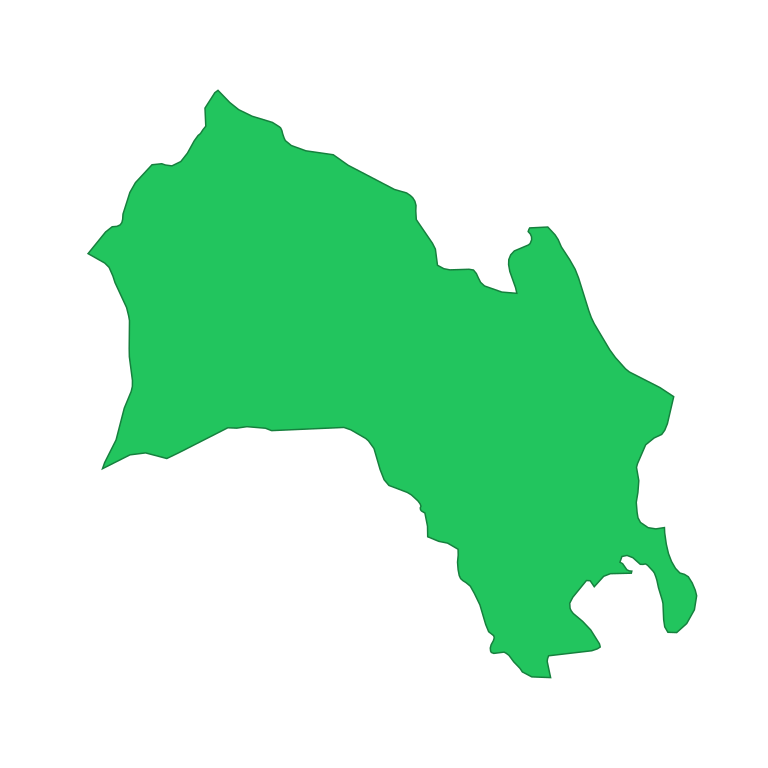 the County of Buskerud, rotated 354°
{"feature_id": "NOR-918", "entity_name": "Buskerud", "entity_type": "County", "adm_level": 1, "iso_a3": "NOR", "parent_name": "Norway", "parent_adm1": "", "projection": "albers", "projection_center": [9.402, 60.275], "detail": "fine", "context": "isolated", "style": "filled", "palette": "green", "viewbox_px": 768, "rotation_deg": 354, "n_neighbors": 0, "source": "natural_earth", "source_scale": "10m", "svg_char_len": 3080}
<svg xmlns="http://www.w3.org/2000/svg" viewBox="0 0 768 768"><g transform="rotate(354 384 384)"><path d="M647.9,556.1L647.6,561.4L648.0,572.7L649.2,582.4L651.4,590.6L654.6,597.8L658.5,602.9L662.9,604.7L666.5,607.5L669.7,614.0L672.0,621.6L672.8,627.3L669.1,641.0L660.0,653.9L649.1,661.8L640.4,660.6L637.8,654.9L637.5,647.5L638.5,631.5L638.1,628.0L635.7,615.4L634.9,607.9L634.3,604.7L633.2,600.4L632.2,598.5L627.8,592.6L627.2,591.8L625.2,590.2L623.9,590.4L623.7,590.4L622.8,590.5L620.0,590.1L613.3,582.7L607.8,579.9L602.6,580.4L600.0,585.9L602.5,587.6L606.1,594.1L608.3,595.5L610.9,596.0L610.2,598.0L589.3,596.3L582.4,598.2L571.9,607.6L568.5,601.2L564.8,600.6L549.5,615.8L545.8,621.4L545.6,626.5L546.4,629.0L548.2,632.0L556.7,640.8L563.9,650.2L571.1,664.9L571.5,667.6L571.5,667.8L571.5,668.2L568.5,669.7L562.8,671.0L519.3,671.5L517.9,674.4L517.3,677.0L519.0,693.4L500.3,690.7L491.5,684.8L489.5,681.0L484.0,673.9L479.9,666.9L477.4,664.6L475.4,663.2L465.0,663.4L462.7,662.2L462.1,660.7L462.1,657.7L463.3,654.5L465.9,650.8L467.1,648.0L466.8,645.8L462.2,641.3L460.0,633.8L456.3,613.7L451.9,601.5L448.7,594.1L444.8,590.1L442.0,587.9L439.9,585.6L438.8,582.4L438.3,576.4L438.5,568.9L439.9,562.0L440.4,556.1L430.6,548.9L422.0,546.2L411.5,540.5L412.4,530.0L411.2,516.6L408.0,514.2L407.2,512.9L407.1,511.0L408.0,509.4L407.4,507.0L405.5,503.8L399.7,497.2L395.9,494.3L378.3,485.4L374.1,479.2L371.2,468.7L367.3,447.1L362.6,438.9L360.2,436.3L346.2,426.1L339.6,423.0L267.3,418.6L261.5,415.6L243.2,412.1L233.0,412.5L224.1,411.2L172.2,431.1L160.2,435.4L139.7,427.6L124.0,427.9L95.2,438.8L98.0,432.9L111.7,411.6L123.2,380.8L131.8,365.0L133.5,360.1L134.2,354.2L133.6,330.3L134.3,322.2L137.5,294.4L137.2,289.7L136.0,281.1L127.1,255.1L125.7,248.4L122.8,239.3L118.9,234.5L103.3,223.4L123.0,203.7L130.1,199.2L134.9,199.3L138.2,198.2L140.2,196.0L141.3,192.9L142.2,187.7L151.3,166.9L157.9,157.7L176.2,141.7L186.0,141.7L189.6,143.4L195.9,144.9L205.2,141.5L212.6,133.9L220.7,122.3L225.1,117.4L227.6,115.8L230.6,112.1L233.7,109.0L234.8,90.9L246.2,76.6L249.6,74.6L260.0,87.9L268.2,96.0L280.8,103.9L300.4,112.2L306.6,117.1L307.9,118.4L308.2,119.2L308.9,121.1L309.4,124.7L310.3,128.7L311.3,131.6L316.7,137.1L330.6,143.9L357.5,150.7L371.3,162.8L414.7,191.6L426.5,196.4L430.0,199.4L432.0,201.7L433.8,205.4L434.5,209.8L433.7,215.2L433.3,223.9L446.9,249.1L449.2,255.2L449.6,271.5L455.6,275.6L461.5,277.4L480.6,278.8L484.9,280.0L487.4,283.8L489.0,288.6L490.7,293.0L494.2,297.0L510.8,304.9L525.6,307.7L524.9,301.9L520.9,285.3L520.4,278.3L521.1,273.3L523.5,268.8L527.5,265.3L542.2,260.8L544.0,259.6L545.9,256.0L546.1,253.0L545.2,250.1L543.3,247.5L544.2,245.5L545.2,244.0L563.3,245.0L569.7,253.5L572.3,258.6L574.7,266.2L581.7,279.8L586.1,289.9L588.6,298.9L595.4,332.8L597.1,339.6L599.4,346.1L612.1,373.6L616.9,381.9L625.7,394.1L629.3,397.7L658.2,416.5L670.8,426.9L661.7,453.1L658.4,459.3L655.0,463.1L647.0,465.9L637.9,471.8L627.8,489.7L626.4,493.3L627.3,506.8L625.2,518.3L622.5,528.1L622.3,538.1L622.6,543.6L624.6,548.5L631.7,554.5L639.2,556.5L647.9,556.1Z" fill="#22c55e" stroke="#15803d" stroke-width="1.5"/></g></svg>